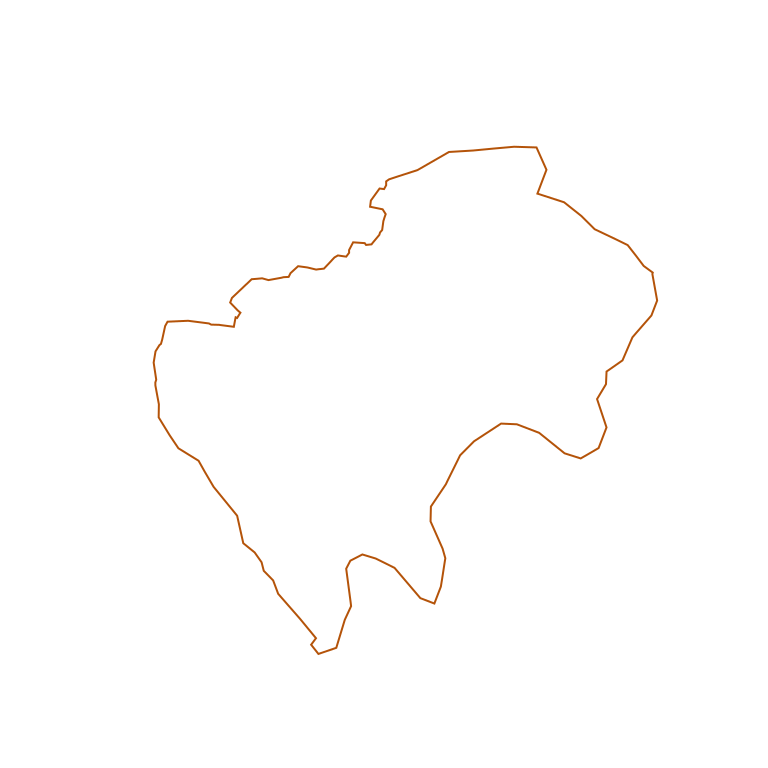 Fen River, River Cess, Liberia (orthographic projection), rotated 21°
{"feature_id": "62588387B6652087258063", "entity_name": "Fen River", "entity_type": "district", "adm_level": 2, "iso_a3": "LBR", "parent_name": "Liberia", "parent_adm1": "River Cess", "projection": "orthographic", "projection_center": [-9.654, 5.605], "detail": "fine", "context": "isolated", "style": "outline", "palette": "amber", "viewbox_px": 768, "rotation_deg": 21, "n_neighbors": 0, "source": "geoboundaries", "source_scale": "gbopen_adm2", "svg_char_len": 2001}
<svg xmlns="http://www.w3.org/2000/svg" viewBox="0 0 768 768"><g transform="rotate(21 384 384)"><path d="M595.0,183.7L584.1,180.7L573.2,173.9L561.7,167.0L549.5,165.9L525.2,164.0L508.0,156.4L487.0,149.8L459.0,151.3L458.9,125.8L441.6,108.5L420.4,115.9L401.6,125.1L383.5,134.1L361.5,144.1L338.6,172.3L322.0,185.7L315.4,191.1L313.4,194.1L314.8,197.7L314.2,202.0L309.8,203.1L306.0,217.4L307.5,223.5L320.1,221.4L324.7,224.8L324.8,228.6L325.0,231.3L325.0,232.0L327.1,240.9L326.0,244.0L326.2,246.4L322.9,256.1L322.3,258.1L317.4,260.6L315.5,259.4L304.4,262.8L303.4,271.5L304.4,274.0L303.1,278.6L301.2,279.1L294.9,280.5L292.4,283.6L291.0,287.0L290.8,287.6L286.6,297.8L283.2,299.6L282.5,299.9L279.6,301.5L271.1,302.6L270.1,302.8L261.6,304.8L257.0,314.0L256.6,318.2L251.9,320.3L250.1,321.6L238.9,328.4L232.4,329.0L226.9,331.7L222.9,333.6L220.0,339.8L219.7,340.3L211.2,358.1L211.2,363.1L214.4,364.6L221.0,367.7L224.4,368.9L224.2,369.7L223.2,375.0L221.6,374.9L221.9,376.8L223.3,384.4L209.7,387.7L209.0,387.8L201.4,390.5L198.9,390.2L178.8,395.1L177.5,395.6L159.6,403.4L158.9,408.3L161.0,422.0L161.4,426.5L160.4,428.2L159.0,435.4L161.3,446.6L167.2,457.0L169.8,461.6L170.0,464.6L171.1,467.3L177.1,477.1L181.1,483.6L185.6,495.9L202.3,508.7L215.1,517.7L238.4,522.1L247.9,530.0L254.4,535.2L261.8,541.1L294.1,559.6L309.7,583.1L323.6,587.6L333.6,594.3L338.7,601.5L350.9,607.1L360.4,617.8L389.9,633.4L411.6,645.7L409.4,653.5L419.5,659.5L434.0,647.4L431.9,618.2L432.9,603.2L430.9,599.4L414.9,570.0L415.9,561.0L422.0,554.2L424.9,550.9L438.8,549.9L449.7,550.9L459.8,551.9L494.7,570.9L509.7,570.9L509.7,552.8L508.0,544.7L504.3,527.6L503.7,524.7L497.7,516.7L479.2,498.1L476.7,495.6L471.7,481.6L477.7,455.4L478.0,451.4L480.1,429.1L480.6,423.3L488.6,405.2L507.5,379.0L522.5,374.0L546.4,374.0L577.4,384.0L594.3,383.0L599.2,377.0L607.3,366.9L607.3,344.8L588.3,321.7L591.3,304.6L587.3,292.6L598.2,276.5L599.2,251.4L601.2,245.8L609.1,224.2L609.1,208.2L595.1,185.1L595.0,183.7Z" fill="none" stroke="#b45309" stroke-width="2"/></g></svg>